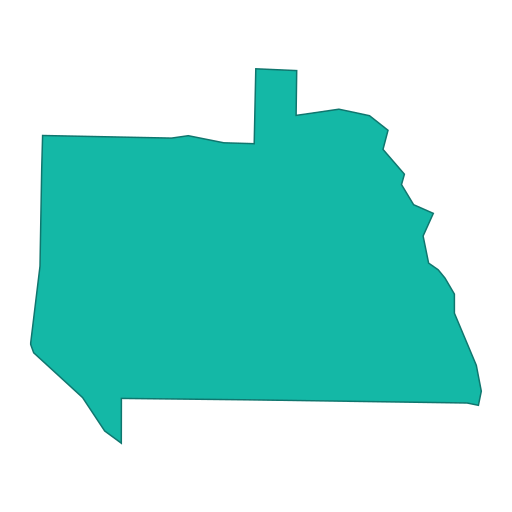 Sumter, Georgia, United States of America
{"feature_id": "52423323B7701583683709", "entity_name": "Sumter", "entity_type": "district", "adm_level": 2, "iso_a3": "USA", "parent_name": "United States of America", "parent_adm1": "Georgia", "projection": "natural_earth1", "projection_center": [-84.143, 32.052], "detail": "fine", "context": "isolated", "style": "filled", "palette": "teal", "viewbox_px": 512, "rotation_deg": 0, "n_neighbors": 0, "source": "geoboundaries", "source_scale": "gbopen_adm2", "svg_char_len": 567}
<svg xmlns="http://www.w3.org/2000/svg" viewBox="0 0 512 512"><path d="M445.0,278.1L438.2,269.8L428.6,263.1L423.1,236.0L433.3,213.4L413.6,204.7L401.5,184.6L404.4,174.2L383.0,149.4L388.0,130.3L369.5,115.7L338.9,109.2L296.1,115.4L296.7,70.6L255.8,68.8L254.2,143.7L223.8,142.8L188.3,135.7L171.5,138.1L42.6,135.5L41.7,169.4L40.0,266.2L30.7,342.9L30.7,344.5L33.7,352.8L82.6,397.6L104.7,431.0L121.3,443.2L121.4,398.4L247.7,399.8L467.1,403.0L478.4,405.3L481.3,391.2L476.3,365.3L454.4,313.2L454.4,294.1L445.0,278.1Z" fill="#14b8a6" stroke="#0f766e" stroke-width="1.5"/></svg>